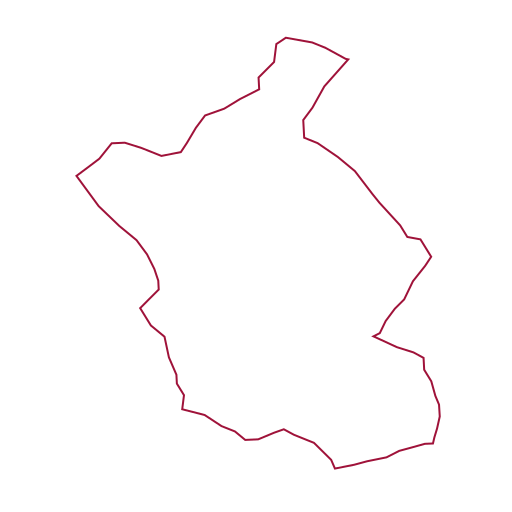 the district of Kophung, Chagang-do, North Korea, rotated 267°
{"feature_id": "82179303B51910076802628", "entity_name": "Kophung", "entity_type": "district", "adm_level": 2, "iso_a3": "PRK", "parent_name": "North Korea", "parent_adm1": "Chagang-do", "projection": "mercator", "projection_center": [125.859, 40.575], "detail": "fine", "context": "isolated", "style": "outline", "palette": "rose", "viewbox_px": 512, "rotation_deg": 267, "n_neighbors": 0, "source": "geoboundaries", "source_scale": "gbopen_adm2", "svg_char_len": 1221}
<svg xmlns="http://www.w3.org/2000/svg" viewBox="0 0 512 512"><g transform="rotate(267 256 256)"><path d="M106.8,174.3L99.9,196.4L87.9,212.7L81.9,225.8L72.9,235.6L72.8,248.6L78.6,264.9L81.5,274.7L75.5,284.5L69.4,297.6L66.4,304.1L48.5,320.4L39.6,323.7L42.4,343.2L45.2,356.2L48.1,375.8L53.9,388.8L56.7,401.8L59.6,414.8L59.5,422.9L65.4,424.6L74.3,427.8L86.1,431.1L98.0,431.0L106.9,427.8L121.7,424.5L133.6,418.0L145.5,418.0L151.5,408.2L157.6,391.9L169.6,369.1L172.5,375.6L184.3,382.1L196.1,391.9L204.9,401.7L222.6,411.4L237.3,424.4L246.1,430.9L264.0,421.1L267.1,408.1L279.0,401.6L290.9,391.8L302.8,382.0L311.8,375.5L335.6,359.2L350.6,342.9L365.5,323.4L371.6,310.3L389.3,310.3L401.1,320.1L421.8,333.1L447.5,358.4L448.2,355.8L460.2,336.3L466.3,323.3L472.4,297.2L468.2,290.2L466.6,287.4L448.8,284.2L434.1,267.9L422.3,267.9L413.6,248.3L404.8,232.0L399.0,212.5L387.2,202.7L372.5,192.9L363.7,186.4L360.9,166.8L369.9,147.2L376.0,130.9L376.1,117.8L361.4,104.7L352.6,91.7L345.4,80.9L314.0,101.5L293.1,121.1L278.1,137.5L263.3,147.3L248.4,153.8L236.5,157.1L227.6,157.1L218.8,147.3L210.0,137.6L192.1,147.4L180.2,160.4L159.4,163.7L141.6,170.3L132.7,170.3L120.8,176.8L106.8,174.3Z" fill="none" stroke="#9f1239" stroke-width="2"/></g></svg>